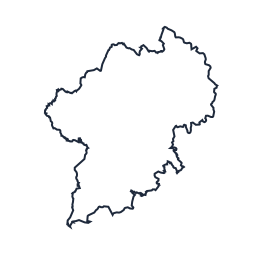 Unión de Tula, Jalisco, Mexico (Albers equal-area conic projection), rotated 186°
{"feature_id": "50627088B89415204754484", "entity_name": "Unión de Tula", "entity_type": "district", "adm_level": 2, "iso_a3": "MEX", "parent_name": "Mexico", "parent_adm1": "Jalisco", "projection": "albers", "projection_center": [-104.245, 20.004], "detail": "fine", "context": "isolated", "style": "outline", "palette": "slate", "viewbox_px": 256, "rotation_deg": 186, "n_neighbors": 0, "source": "geoboundaries", "source_scale": "gbopen_adm2", "svg_char_len": 5803}
<svg xmlns="http://www.w3.org/2000/svg" viewBox="0 0 256 256"><g transform="rotate(186 128 128)"><path d="M101.9,232.4L103.0,231.5L103.5,230.7L102.9,230.7L103.2,229.2L104.5,223.9L104.8,221.5L105.3,221.4L105.3,219.9L105.8,219.3L105.9,218.5L103.9,217.9L101.2,215.6L102.0,214.1L100.1,210.2L100.6,208.8L101.9,207.5L102.1,207.4L102.7,208.1L103.3,208.0L104.0,207.2L105.8,206.7L106.3,205.8L107.0,206.3L107.8,205.9L109.6,207.5L111.9,206.9L115.0,207.1L115.0,206.2L115.4,206.2L117.9,209.5L121.3,212.0L123.4,210.5L123.3,209.3L123.8,209.2L122.4,208.3L124.2,205.8L124.4,204.0L124.0,202.9L124.4,201.6L124.9,201.6L126.8,202.3L130.5,206.2L132.5,206.5L134.7,207.6L135.9,207.3L137.9,207.8L140.8,211.3L141.1,210.6L141.5,210.6L142.9,212.0L145.0,211.3L145.9,211.6L146.5,211.2L147.8,209.4L149.9,209.0L150.7,209.6L151.4,209.7L152.7,209.2L153.0,208.7L152.7,207.6L152.8,206.9L154.2,206.2L155.0,203.6L155.6,203.4L157.5,197.7L157.3,196.7L158.2,195.1L160.2,188.8L160.9,182.2L161.6,181.9L165.2,184.0L168.0,182.0L174.4,180.2L174.5,179.3L175.3,178.7L176.1,176.9L176.3,173.9L177.6,174.0L178.9,173.5L180.2,172.4L180.0,167.3L179.1,166.3L178.9,165.6L180.2,162.9L181.0,161.6L183.0,159.7L183.2,159.1L183.9,159.8L185.0,159.2L187.4,156.7L188.3,157.1L188.8,156.8L191.9,157.9L192.1,157.2L193.0,157.2L193.4,157.7L194.0,157.6L197.0,160.0L198.4,160.1L198.7,159.3L200.6,158.5L200.8,158.0L201.5,159.1L202.0,158.5L202.7,158.3L202.2,156.8L202.6,156.1L202.7,154.2L202.2,152.4L202.8,151.8L203.1,149.9L203.6,149.6L203.3,147.8L204.1,147.2L204.9,147.6L204.8,146.8L205.6,146.9L206.2,146.4L206.0,145.7L206.4,145.1L206.3,144.0L207.2,144.6L208.1,144.5L208.9,143.6L208.8,142.9L209.6,143.4L209.6,141.7L211.1,141.2L210.5,139.6L211.7,138.1L211.8,137.3L212.3,137.0L212.2,134.3L210.7,134.0L211.3,133.1L209.9,131.7L208.0,131.4L207.8,130.9L207.6,131.1L206.6,130.2L205.5,126.7L204.4,126.0L203.8,124.9L204.0,123.3L203.7,122.4L202.1,119.8L200.9,120.2L198.4,118.9L196.3,119.1L195.3,118.7L194.9,117.9L194.9,116.6L193.7,114.7L193.4,113.3L192.3,113.4L191.5,112.5L190.0,112.2L189.7,112.0L190.1,111.5L188.4,110.5L187.9,110.5L187.7,111.0L186.9,110.8L186.2,109.4L188.6,109.2L184.4,108.9L184.2,108.6L182.7,108.7L182.0,108.9L181.7,110.0L181.1,110.4L179.5,110.3L175.8,108.8L175.9,112.5L175.0,112.7L175.0,112.3L174.5,112.3L174.3,110.9L173.5,111.1L173.2,109.8L173.8,109.8L174.2,109.3L173.9,108.8L172.4,108.8L172.4,108.5L170.9,108.1L171.0,107.8L170.1,106.7L170.3,106.2L169.5,106.9L168.3,106.4L167.6,106.8L166.3,104.5L165.6,104.0L166.7,103.4L166.9,103.0L166.7,102.2L167.4,101.5L166.6,99.4L166.7,98.3L167.8,96.9L168.1,92.6L176.8,83.0L176.6,80.8L174.6,78.7L174.1,77.6L173.8,76.0L173.9,74.6L174.4,73.7L174.1,72.2L172.7,70.5L172.7,70.0L171.7,68.2L171.2,68.2L171.8,66.7L172.2,66.7L172.2,66.1L171.3,65.9L171.6,65.2L170.7,65.2L169.7,63.2L172.8,62.3L173.8,59.3L174.2,59.4L174.9,58.4L176.2,57.7L176.6,57.0L176.1,56.8L176.2,54.1L175.5,52.5L175.0,52.1L175.0,48.7L175.3,45.8L174.9,44.6L174.9,43.7L175.3,43.4L173.9,40.4L176.2,33.0L178.3,29.8L178.3,26.3L177.6,26.6L177.1,25.3L177.2,24.8L175.1,23.6L175.5,24.4L175.3,24.9L173.5,28.7L172.9,28.6L173.4,29.1L173.0,29.3L170.3,29.9L167.1,31.3L161.1,29.6L157.6,29.5L155.8,30.9L158.8,31.4L158.9,36.2L158.3,37.0L152.7,40.4L151.2,43.0L150.0,44.0L148.8,46.5L147.9,46.9L146.5,46.4L144.8,46.6L143.8,47.6L139.3,47.6L134.2,40.0L133.8,41.2L133.1,41.9L130.4,42.9L128.1,42.9L126.4,43.6L123.7,46.0L123.0,47.8L122.4,48.3L119.9,49.1L117.6,48.2L115.0,48.2L114.6,48.5L114.4,49.5L116.2,51.3L116.1,55.3L115.3,60.5L114.2,62.1L116.9,63.9L117.5,64.9L118.5,65.3L118.3,65.9L117.9,65.5L117.5,65.9L115.8,64.8L115.2,65.3L113.3,64.1L112.6,64.9L110.2,64.1L109.3,64.7L108.8,64.4L109.1,62.9L108.1,64.5L106.3,63.5L107.8,62.0L107.2,61.8L104.9,63.3L103.6,63.2L103.5,64.2L103.8,64.4L102.9,66.1L103.4,66.5L102.6,67.3L97.9,68.4L97.0,69.5L95.2,69.7L94.1,69.1L91.5,73.3L91.7,74.5L91.1,74.7L91.6,75.2L91.5,75.7L93.5,75.9L93.8,76.5L93.7,77.3L92.2,78.9L92.3,80.6L95.6,81.9L96.6,83.5L96.7,85.3L93.3,87.9L90.8,87.1L87.6,86.9L87.2,87.2L87.5,87.8L86.4,88.5L87.0,89.3L87.6,89.5L87.0,90.0L87.6,91.3L87.7,93.0L88.7,93.4L89.0,94.2L86.9,95.6L85.3,95.9L85.5,96.6L84.9,98.1L85.0,99.0L83.7,98.7L82.9,97.8L82.7,98.2L81.9,98.2L81.5,97.6L81.6,97.3L81.0,97.2L80.6,96.2L78.9,94.5L78.8,93.8L78.0,93.2L76.4,93.1L74.8,90.3L75.0,88.8L74.5,88.2L73.9,89.1L73.2,89.6L73.1,90.6L71.2,91.5L70.7,92.0L69.5,94.8L68.7,94.7L68.3,95.1L68.8,95.5L70.4,95.7L71.5,96.5L71.0,98.8L71.4,99.3L75.0,101.9L75.2,102.5L74.7,103.2L76.2,104.3L76.7,105.3L76.5,105.7L76.9,106.3L76.3,106.5L77.3,107.9L78.1,108.1L80.2,110.0L80.4,110.8L80.0,111.2L78.7,110.8L77.8,111.1L77.6,112.3L78.4,113.2L80.1,113.5L81.3,113.2L81.4,112.7L83.7,112.5L82.3,114.0L81.5,116.3L82.7,118.3L81.5,119.6L82.1,121.8L80.9,124.5L82.9,130.8L80.8,134.9L80.3,135.2L79.2,134.0L78.5,134.0L76.3,135.1L73.5,134.8L73.1,135.0L72.8,136.7L72.4,137.1L70.8,136.7L70.5,134.9L68.6,131.5L68.5,130.5L67.8,129.6L66.7,129.3L65.8,129.8L65.4,130.6L65.2,132.4L65.6,134.6L65.3,137.0L65.8,139.6L64.1,140.2L60.9,138.3L57.2,138.9L57.0,139.2L57.6,141.0L54.9,143.7L54.3,142.5L52.7,141.8L51.9,142.2L51.3,143.0L51.1,143.8L51.4,144.9L52.2,145.7L51.7,148.3L49.9,148.6L46.6,147.6L45.0,147.8L44.5,148.4L44.0,153.3L45.0,155.5L45.1,157.0L47.7,159.6L47.9,160.3L46.9,161.5L46.6,162.8L45.7,163.6L45.0,165.0L44.7,168.5L44.2,170.4L44.4,171.4L46.0,172.5L46.2,173.0L46.2,176.0L44.1,177.4L44.1,179.1L43.7,179.5L45.9,180.6L46.7,181.6L53.0,185.9L53.8,188.0L53.3,189.3L53.7,193.1L52.1,196.5L52.6,197.9L54.0,198.9L57.7,199.6L58.3,200.9L58.4,202.0L57.8,204.3L58.1,205.6L59.8,209.3L61.3,210.3L64.6,209.7L68.0,211.6L68.2,211.8L67.2,214.5L68.8,215.9L73.0,212.9L73.7,216.3L73.7,217.1L74.2,218.4L75.8,219.2L78.3,218.4L80.9,218.8L81.4,219.3L82.3,221.7L83.0,222.4L85.6,223.4L87.3,223.5L89.9,223.1L90.5,223.8L91.4,227.2L92.0,228.2L95.0,229.7L98.9,230.9L99.9,231.8L101.9,232.4Z" fill="none" stroke="#1e293b" stroke-width="2"/></g></svg>